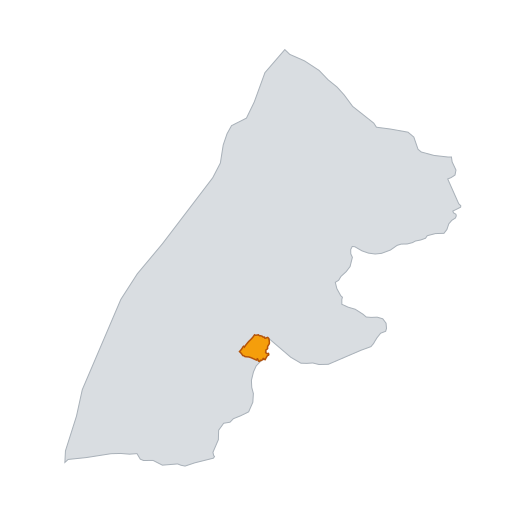 B'hai, Grand Gedeh, Liberia shown in context, rotated 85°
{"feature_id": "62588387B62156042060365", "entity_name": "B'hai", "entity_type": "district", "adm_level": 2, "iso_a3": "LBR", "parent_name": "Liberia", "parent_adm1": "Grand Gedeh", "projection": "albers", "projection_center": [-8.508, 6.351], "detail": "fine", "context": "in_parent", "style": "filled", "palette": "amber", "viewbox_px": 512, "rotation_deg": 85, "n_neighbors": 0, "source": "geoboundaries", "source_scale": "gbopen_adm2", "svg_char_len": 3506}
<svg xmlns="http://www.w3.org/2000/svg" viewBox="0 0 512 512"><g transform="rotate(85 256 256)"><path d="M52.9,209.3L58.1,204.8L65.9,190.6L76.7,176.9L86.8,168.8L94.8,160.5L103.3,154.1L115.4,146.7L133.9,127.1L138.2,124.8L141.2,111.2L145.9,93.8L151.3,88.4L163.8,85.3L166.8,82.3L171.3,70.0L174.2,55.8L174.4,52.7L179.4,52.4L187.8,49.3L192.7,50.7L194.9,54.8L196.0,58.3L221.6,49.5L223.8,47.6L225.2,47.9L228.4,56.0L230.2,55.5L231.8,53.2L233.5,53.0L235.5,54.0L237.5,57.8L240.7,61.1L246.2,63.5L249.8,66.8L249.3,75.3L250.7,83.6L253.1,85.6L254.4,90.6L255.0,96.0L256.3,98.9L257.2,104.4L256.8,110.3L257.7,114.5L261.8,121.6L264.3,130.7L264.4,137.1L262.9,143.8L260.1,150.0L255.4,156.7L254.9,159.3L257.8,161.1L262.1,161.4L265.7,160.1L274.7,163.2L279.5,167.6L283.7,173.1L287.4,175.8L289.1,179.3L295.6,178.3L303.0,175.0L304.6,173.5L306.8,174.3L311.6,174.7L315.0,168.7L317.7,161.8L323.5,154.3L326.4,151.5L327.2,146.7L327.5,140.6L329.6,135.2L334.3,132.3L339.5,132.3L342.3,133.4L343.8,138.6L347.9,142.5L351.5,145.2L353.3,146.4L356.3,149.4L359.1,159.8L370.2,193.4L369.6,202.7L367.5,208.8L367.4,214.7L366.7,220.6L359.9,230.2L339.9,249.8L341.4,251.5L346.2,253.8L351.1,254.9L355.1,254.3L360.1,259.2L365.5,265.4L371.2,268.6L379.4,271.4L386.6,271.7L392.8,270.6L401.4,271.9L410.6,276.9L413.9,285.4L416.1,292.7L419.3,296.4L419.8,302.8L426.3,308.4L435.7,309.5L447.8,316.0L450.9,315.6L452.2,314.8L453.7,316.1L456.7,335.0L459.1,345.0L457.9,349.0L456.3,352.2L456.2,367.5L450.7,376.3L449.9,385.9L448.3,389.0L442.5,391.8L442.4,399.2L440.9,408.1L440.3,417.6L442.0,442.4L442.3,460.9L445.0,464.4L433.5,462.8L399.9,448.8L374.0,440.7L287.4,394.4L263.4,375.8L235.7,348.2L174.3,292.3L160.3,283.4L142.6,279.0L131.7,274.2L124.0,269.0L117.8,253.5L102.4,244.3L74.1,231.1L52.9,209.3Z" fill="#d9dde1" stroke="#a8b0b8" stroke-width="1"/><path d="M339.2,250.6L338.7,250.9L338.6,251.0L338.1,251.5L338.2,252.0L338.7,253.4L338.7,253.7L338.7,254.2L338.4,254.2L338.1,254.5L337.6,254.6L337.4,255.0L337.5,255.3L337.5,255.7L337.4,256.0L336.5,256.8L335.8,258.5L335.8,259.0L335.8,259.3L335.1,260.3L334.8,260.4L334.7,260.5L334.8,261.3L334.9,262.6L334.9,263.3L334.6,264.0L334.4,264.3L334.5,264.4L336.4,266.0L338.2,267.9L339.9,269.9L340.3,270.5L340.8,271.0L341.8,272.0L342.0,272.2L344.0,274.1L344.4,274.4L345.6,275.4L345.3,275.5L344.8,276.1L345.5,277.0L346.3,277.5L347.3,278.3L348.2,279.1L349.3,280.3L349.8,280.8L351.0,279.7L352.8,278.5L354.0,277.9L354.3,276.9L354.4,276.7L354.8,276.3L355.3,275.7L355.7,273.4L355.9,272.1L356.8,269.9L358.3,267.2L359.8,264.5L359.8,264.4L359.7,264.1L359.2,263.6L358.7,263.8L358.5,263.7L358.6,263.4L359.0,263.4L359.4,263.2L359.9,262.8L360.1,262.8L360.8,262.7L361.2,262.3L361.3,261.9L361.0,261.4L360.6,260.9L360.3,260.6L360.4,260.2L360.5,259.8L360.5,259.5L360.1,259.0L359.8,258.6L359.7,258.0L359.6,257.3L359.5,257.2L359.3,257.2L359.3,257.4L359.1,257.8L358.8,257.9L358.7,257.8L358.7,257.6L358.8,257.4L358.9,257.2L359.1,257.0L359.5,256.6L359.9,256.3L360.1,256.0L359.9,255.8L359.1,255.3L358.6,255.0L357.8,254.4L357.0,253.9L356.5,253.5L356.1,252.9L356.0,252.6L355.9,252.2L355.7,252.0L355.5,251.9L354.9,251.9L354.3,252.0L354.1,252.1L354.2,252.6L354.2,253.5L353.9,254.0L353.5,254.4L353.1,254.7L352.7,254.8L352.5,254.6L352.1,254.5L351.7,254.5L350.8,254.4L350.3,254.1L350.0,253.5L349.7,253.0L349.2,252.5L349.0,252.4L348.4,252.5L347.6,252.4L346.9,252.2L345.9,251.4L345.2,250.9L345.0,250.7L344.5,250.4L343.6,250.2L341.2,250.2L339.7,250.4L339.6,250.5L339.3,250.5L339.2,250.6L339.2,250.6Z" fill="#f59e0b" stroke="#b45309" stroke-width="1.5"/></g></svg>